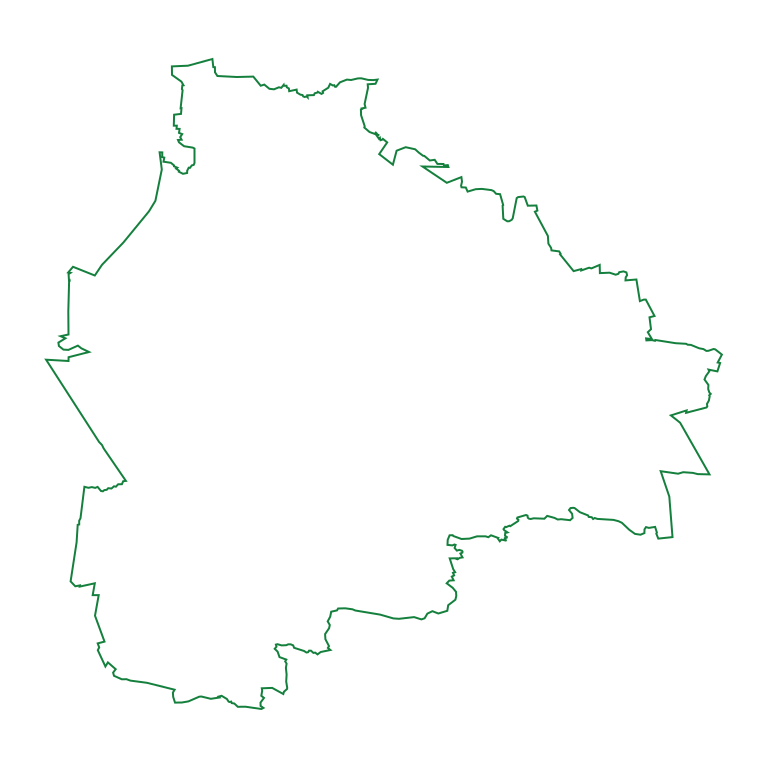 outline of Manuel Doblado, Guanajuato, Mexico, rotated 270°
{"feature_id": "50627088B80639754802347", "entity_name": "Manuel Doblado", "entity_type": "district", "adm_level": 2, "iso_a3": "MEX", "parent_name": "Mexico", "parent_adm1": "Guanajuato", "projection": "equal_earth", "projection_center": [-101.875, 20.693], "detail": "fine", "context": "isolated", "style": "outline", "palette": "green", "viewbox_px": 768, "rotation_deg": 270, "n_neighbors": 0, "source": "geoboundaries", "source_scale": "gbopen_adm2", "svg_char_len": 6078}
<svg xmlns="http://www.w3.org/2000/svg" viewBox="0 0 768 768"><g transform="rotate(270 384 384)"><path d="M69.2,210.8L70.5,219.5L71.4,218.6L72.2,221.6L69.0,226.9L66.4,228.6L66.0,229.6L66.4,231.2L64.9,231.7L64.5,234.3L61.2,237.8L61.3,245.4L59.0,261.3L60.1,263.4L62.0,260.6L65.4,260.5L70.1,264.0L72.2,261.3L77.2,262.2L79.7,261.8L80.1,272.2L74.0,283.3L76.2,283.9L79.1,287.1L80.3,287.2L86.5,286.2L93.4,286.6L100.3,285.9L104.3,286.6L106.6,285.2L108.4,286.3L110.9,279.5L116.4,277.6L119.2,274.7L121.3,276.5L123.4,275.9L123.8,277.5L122.6,281.6L122.8,286.3L123.7,288.2L123.7,290.6L122.6,293.2L120.2,294.1L117.0,304.1L115.5,306.4L115.8,308.1L117.3,309.0L117.3,311.0L115.1,313.4L115.4,315.2L113.6,317.5L116.0,320.7L118.0,330.4L120.1,327.9L121.9,329.0L128.8,325.4L133.9,325.1L139.8,329.1L143.0,329.8L146.6,327.7L151.3,330.2L156.3,331.2L157.6,337.0L159.5,338.1L159.7,345.2L158.7,352.5L157.5,355.3L153.4,380.1L149.6,393.3L149.2,399.0L150.9,414.1L148.6,421.4L149.7,424.6L154.4,427.4L156.8,432.4L154.5,438.3L157.2,447.3L162.8,448.2L168.3,455.4L172.2,456.3L176.2,456.0L180.2,452.7L184.7,446.7L187.4,449.3L187.7,453.6L191.4,451.8L192.6,454.1L195.2,453.0L195.8,455.1L198.9,453.2L209.6,449.7L209.7,456.8L209.0,456.6L208.7,457.6L210.1,459.6L210.6,462.5L214.5,460.4L215.4,462.4L216.5,462.5L217.3,461.9L218.1,459.3L217.4,456.9L220.0,454.6L223.1,455.6L223.5,454.4L222.6,452.4L223.1,447.5L228.1,447.7L232.7,449.6L232.8,452.7L232.0,453.3L229.0,461.5L229.4,469.6L231.7,477.1L231.7,485.5L230.8,488.3L232.7,491.0L230.1,498.1L229.7,497.7L226.7,499.8L228.4,501.4L227.3,506.5L228.9,504.6L229.9,504.8L230.2,506.6L230.9,506.9L232.3,505.0L235.0,505.2L235.6,507.5L237.7,504.3L238.9,503.5L241.2,505.2L240.9,506.2L242.3,509.4L241.8,510.2L247.0,518.2L248.2,518.4L249.4,517.0L250.5,517.4L253.0,526.0L252.4,527.5L250.3,527.8L249.4,528.8L249.0,530.6L249.7,533.7L249.3,544.4L252.1,547.2L250.1,554.5L248.5,557.7L248.8,561.2L247.8,570.1L250.1,572.6L254.2,572.1L258.0,569.0L259.9,570.5L260.2,573.1L260.0,574.5L255.8,579.9L252.5,588.2L251.1,588.7L250.8,591.7L249.0,593.1L250.0,594.7L249.1,597.3L248.1,613.5L246.8,618.5L245.2,621.9L238.2,629.3L234.1,635.0L233.3,640.5L234.9,644.4L238.6,644.5L240.9,646.0L240.1,648.9L241.1,655.1L235.4,656.9L234.4,656.3L229.4,658.3L230.9,672.5L271.4,669.3L296.8,660.7L294.3,678.1L295.8,683.2L295.1,692.9L293.9,697.7L293.6,709.5L345.3,680.1L352.6,670.9L357.6,686.6L355.2,686.1L360.5,706.5L361.6,707.3L364.1,707.0L367.5,708.9L371.7,709.7L372.7,709.2L374.1,710.7L375.4,709.4L378.9,708.2L383.1,708.4L388.5,704.5L391.8,705.8L396.7,709.3L398.4,708.5L396.6,717.4L405.0,720.1L405.5,717.7L413.4,721.9L418.6,715.3L419.0,713.6L417.2,708.4L417.1,706.3L418.9,703.5L419.7,699.2L423.1,690.9L423.3,687.6L424.2,686.2L424.8,675.6L428.0,655.3L427.2,655.0L427.9,651.9L427.6,646.4L429.6,646.1L428.9,651.9L435.8,647.8L438.8,651.0L450.7,649.5L452.0,654.5L468.4,645.8L468.4,643.8L466.9,639.9L488.5,636.4L487.6,625.5L490.6,625.7L492.8,627.1L495.6,626.4L496.6,623.5L495.8,619.2L494.2,618.4L493.3,615.7L495.3,609.6L494.9,599.9L503.1,599.7L499.6,591.4L500.3,589.1L497.5,581.2L498.9,581.2L496.9,573.6L513.7,560.0L514.2,560.6L516.6,559.2L517.6,551.5L520.1,551.1L524.3,548.4L532.0,547.9L556.3,534.9L557.4,537.4L562.5,536.4L562.3,527.8L570.9,524.7L571.5,523.5L570.9,518.1L569.9,516.7L549.6,512.7L548.1,511.6L546.8,509.2L546.7,507.3L549.2,503.3L562.3,502.6L562.9,503.2L573.8,500.1L574.2,496.1L576.9,493.7L577.9,491.4L579.1,481.9L578.8,475.7L576.4,467.6L580.5,465.8L580.7,461.5L582.4,461.1L586.3,462.0L590.9,461.4L585.2,446.8L601.5,422.5L601.0,448.4L602.9,447.8L602.5,444.0L604.0,443.5L604.1,437.4L608.2,434.7L607.5,429.8L612.1,424.3L612.2,423.1L615.4,418.8L618.7,415.2L620.8,405.7L617.3,396.6L603.3,392.9L613.9,379.2L625.6,387.2L629.1,382.9L628.4,382.4L627.8,380.5L630.2,379.9L629.2,379.0L633.0,376.3L633.0,379.3L633.4,376.5L634.4,376.8L635.4,375.8L634.1,374.7L636.0,369.5L640.5,364.3L641.8,364.7L652.7,361.1L658.5,360.9L659.1,362.2L659.6,361.9L660.3,365.5L664.0,364.6L680.1,368.0L683.7,367.7L684.2,375.5L688.4,377.5L687.9,373.3L688.1,368.0L689.7,361.3L689.6,357.9L688.0,351.1L688.4,346.9L685.7,340.0L681.2,336.0L681.2,335.1L682.8,334.2L682.5,332.9L684.1,330.1L680.3,328.3L676.7,322.6L675.1,323.1L674.1,321.5L676.2,317.8L675.5,317.5L674.7,314.7L672.9,313.9L672.7,307.3L670.6,307.6L671.6,306.5L671.0,304.7L671.6,303.2L673.0,302.5L673.3,300.5L675.4,297.0L678.4,296.6L676.8,289.2L679.5,288.9L680.7,286.8L682.3,286.5L682.2,283.9L683.2,283.7L680.2,281.3L680.7,278.9L678.7,274.0L679.2,269.4L683.4,264.3L682.3,260.7L691.4,253.3L691.0,236.8L692.0,217.4L695.7,215.0L700.8,214.9L700.9,213.3L709.0,212.4L702.3,188.0L701.6,171.9L693.1,172.0L686.4,181.4L682.7,183.5L682.5,182.3L678.9,181.9L677.8,182.6L659.7,180.6L659.8,181.5L654.1,181.0L653.3,174.1L642.3,173.8L642.3,176.8L639.2,176.5L639.1,179.6L635.1,179.0L633.9,182.2L630.9,180.2L628.3,181.6L628.0,178.0L625.7,179.0L621.8,184.0L620.4,192.7L619.5,194.5L605.1,194.5L603.1,193.7L602.6,191.8L600.1,189.9L600.3,188.7L597.3,187.2L595.0,187.1L594.2,183.0L596.3,178.8L597.2,179.1L599.4,176.1L600.3,177.3L601.7,174.0L602.6,174.0L605.2,170.9L606.3,163.5L610.4,164.3L610.9,162.2L615.6,162.3L615.7,159.6L598.5,161.8L567.2,155.4L556.7,149.0L525.4,123.3L503.2,102.0L492.5,94.8L501.2,73.0L495.5,68.2L495.1,70.4L493.9,68.6L487.3,69.0L487.7,69.6L487.1,69.7L486.4,69.1L456.6,68.3L433.5,68.5L431.8,60.6L429.7,65.4L425.4,58.4L422.0,58.9L418.4,63.4L418.1,68.4L422.4,77.9L419.7,81.3L416.0,89.0L410.8,68.6L407.0,68.5L408.3,46.1L326.0,99.1L323.0,102.0L319.5,103.7L287.1,125.9L286.8,123.2L283.8,121.9L283.7,118.1L281.3,115.9L281.7,114.0L279.5,111.5L279.8,108.2L278.2,106.7L277.9,104.3L276.7,102.9L277.0,101.0L281.1,97.6L280.1,95.2L280.9,91.9L280.2,88.4L281.2,84.4L249.8,80.5L247.3,79.2L243.5,79.2L243.2,77.7L225.7,76.6L186.6,70.6L181.7,75.3L182.6,79.9L181.4,79.7L184.7,94.8L172.9,92.7L172.9,98.7L152.3,95.0L126.4,104.5L124.6,97.7L120.6,99.2L117.8,97.8L101.5,105.4L105.6,107.9L98.8,115.7L95.4,113.1L92.2,114.0L88.7,121.8L88.8,126.5L87.4,130.3L85.2,146.9L78.3,174.6L75.4,172.9L71.1,173.2L65.4,175.0L65.5,181.9L66.6,188.4L71.3,199.2L71.5,201.3L69.2,210.8Z" fill="none" stroke="#15803d" stroke-width="2"/></g></svg>